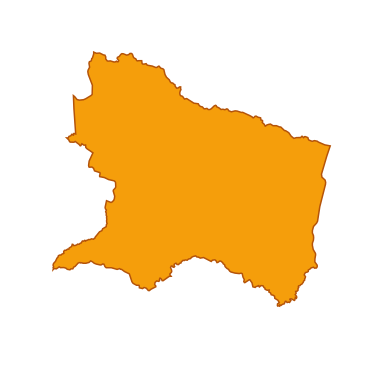 outline of Ancuabe, Cabo Delgado, Mozambique, rotated 197°
{"feature_id": "85939544B12924931865401", "entity_name": "Ancuabe", "entity_type": "district", "adm_level": 2, "iso_a3": "MOZ", "parent_name": "Mozambique", "parent_adm1": "Cabo Delgado", "projection": "mercator", "projection_center": [39.811, -12.944], "detail": "fine", "context": "isolated", "style": "filled", "palette": "amber", "viewbox_px": 384, "rotation_deg": 197, "n_neighbors": 0, "source": "geoboundaries", "source_scale": "gbopen_adm2", "svg_char_len": 5989}
<svg xmlns="http://www.w3.org/2000/svg" viewBox="0 0 384 384"><g transform="rotate(197 192 192)"><path d="M271.2,158.7L270.6,151.9L269.9,150.6L268.6,149.7L268.8,147.8L267.9,147.0L267.2,144.6L266.3,143.6L266.2,142.4L265.5,141.0L265.3,139.5L264.6,137.8L264.0,137.2L264.3,135.6L263.9,133.8L266.7,130.7L266.9,128.7L268.8,126.9L271.4,120.5L271.4,119.4L271.9,119.1L272.3,118.1L274.5,117.8L275.7,116.6L276.9,116.4L278.2,115.1L279.3,114.6L279.4,114.0L280.6,114.3L281.2,113.3L282.5,113.1L283.1,110.8L283.8,110.4L284.7,109.0L286.2,108.7L286.8,107.7L288.1,106.7L289.5,106.2L290.6,107.1L291.2,107.0L291.2,104.7L293.1,102.5L293.1,101.3L294.3,101.0L295.4,99.5L296.9,98.9L297.3,97.7L297.1,96.8L296.6,96.2L296.8,95.7L298.4,94.4L298.8,93.5L300.1,93.0L301.1,92.1L301.2,90.3L301.8,89.3L302.3,85.8L303.5,83.2L303.5,81.5L302.5,80.0L302.7,79.1L302.3,78.9L302.1,77.2L301.5,78.4L299.2,78.9L297.1,81.6L295.7,81.2L292.4,82.3L290.3,82.3L288.7,81.6L286.0,81.9L285.3,83.1L283.5,83.7L283.2,85.5L282.0,86.7L280.1,90.8L278.5,91.8L277.6,91.6L276.8,92.1L275.4,92.0L272.7,92.8L269.9,94.5L268.7,96.5L266.7,96.1L264.8,95.3L262.5,95.1L258.4,95.4L257.3,95.9L256.5,97.0L255.1,97.2L253.4,95.2L251.9,94.5L247.0,96.0L241.0,96.1L238.8,97.6L237.8,97.2L236.6,97.4L233.3,96.2L228.0,95.4L223.2,88.6L221.6,87.4L217.8,86.6L215.5,87.3L215.1,87.0L214.3,85.0L211.0,85.2L210.0,86.6L209.5,86.7L207.5,86.6L205.0,85.0L204.0,85.2L202.7,87.1L198.9,90.8L199.2,91.6L200.6,92.5L200.9,94.7L199.8,96.6L197.6,96.8L197.1,97.9L197.6,98.9L197.5,100.2L196.9,100.3L195.7,99.6L194.6,98.5L193.7,98.7L189.1,104.7L187.4,105.3L188.9,106.4L189.2,107.2L188.2,109.3L188.2,110.2L188.8,111.5L190.4,113.3L190.2,115.1L189.4,115.4L188.4,114.7L187.3,114.7L186.8,115.7L187.6,116.4L187.9,117.6L186.9,118.9L186.4,119.2L185.1,118.3L183.6,118.7L183.0,120.2L181.8,120.9L181.8,121.9L180.8,123.8L180.5,124.1L179.5,124.1L178.7,125.0L176.6,125.4L175.8,126.8L173.9,127.9L173.4,129.3L172.0,130.7L169.8,132.0L168.4,131.3L166.8,131.6L164.8,131.2L161.8,132.7L153.3,131.2L152.6,132.7L150.4,133.8L149.2,133.5L147.5,131.8L146.7,132.2L145.3,134.1L144.2,134.3L142.0,133.4L141.2,132.5L139.6,132.0L138.5,130.3L136.2,129.1L134.5,128.7L132.9,127.4L131.6,126.9L127.2,127.0L122.9,127.8L121.4,128.7L120.1,128.6L118.4,125.6L116.4,123.5L116.3,121.5L115.4,120.7L114.9,120.8L111.6,124.8L111.1,125.0L108.1,122.7L106.0,119.1L103.7,119.2L103.2,120.2L102.2,120.8L101.2,121.9L100.8,122.0L100.3,121.1L99.7,120.9L98.8,122.6L96.8,123.1L95.2,121.7L94.1,121.3L93.6,120.3L91.4,120.0L89.5,120.8L89.3,118.9L87.4,118.4L86.2,116.9L84.3,117.0L82.6,116.5L81.7,114.5L78.2,113.6L76.2,111.7L77.5,110.0L77.1,108.3L76.8,108.0L76.1,108.4L74.8,108.4L75.0,109.7L73.7,109.6L72.6,111.1L71.1,112.0L70.8,114.7L70.3,115.0L68.7,114.1L67.6,114.9L66.4,114.9L65.7,117.2L67.0,117.9L66.9,118.5L65.4,118.9L62.5,118.2L62.1,118.7L62.3,121.3L61.1,120.9L61.0,121.7L61.5,122.8L63.3,124.0L62.8,125.7L63.8,127.2L62.5,127.9L61.9,128.9L62.4,130.9L62.0,131.8L62.6,132.4L62.6,133.4L61.5,133.9L61.0,135.1L60.0,136.0L59.2,138.3L59.2,139.5L58.5,140.6L58.9,142.1L58.6,142.9L58.7,144.2L60.4,145.5L60.3,147.2L59.8,148.2L58.0,149.4L57.6,150.1L58.0,151.3L56.3,153.3L55.9,154.3L53.8,155.6L52.6,155.0L50.8,155.7L50.4,157.1L50.9,158.6L54.1,161.1L54.9,164.0L55.4,168.0L56.0,169.4L59.3,172.5L61.3,176.2L61.9,178.3L61.8,181.4L62.3,183.8L63.1,185.8L64.9,188.0L65.6,190.4L65.7,194.6L63.8,198.6L63.4,200.8L65.5,215.3L66.6,238.4L67.0,240.3L68.2,242.3L72.1,244.2L73.4,246.9L73.6,265.7L73.3,276.5L78.8,275.9L85.7,276.7L87.1,277.2L90.0,276.9L91.9,275.6L95.2,275.8L96.1,276.4L97.1,277.9L99.8,278.1L100.6,277.8L101.1,276.6L103.1,277.5L104.1,275.8L107.9,274.6L110.3,273.1L113.5,274.4L116.8,277.0L120.4,278.0L121.5,277.8L126.1,280.1L127.3,279.8L130.6,280.1L133.9,279.1L136.8,279.9L138.6,279.0L140.1,277.9L141.0,276.5L141.5,276.5L142.6,277.8L145.1,279.0L145.2,280.6L146.0,281.1L147.1,281.0L148.1,283.0L150.9,282.8L152.8,283.3L153.8,282.9L154.8,281.0L155.4,280.8L156.5,281.4L158.8,281.9L166.8,283.0L168.1,282.5L172.5,282.6L174.5,282.2L177.8,280.2L180.4,280.4L182.0,281.6L183.0,281.7L184.6,280.3L186.6,280.2L188.4,279.4L190.6,280.3L193.2,280.7L194.2,281.7L194.8,281.8L195.9,280.9L197.9,277.3L199.0,276.1L200.6,275.6L202.2,276.3L204.2,275.2L205.0,275.2L206.9,276.4L209.0,276.3L210.7,277.1L211.8,278.2L216.2,277.5L224.4,279.8L226.4,278.7L229.0,280.7L231.1,280.8L231.9,281.5L232.7,283.1L232.8,285.2L232.5,286.6L233.0,287.3L233.6,289.2L234.7,288.8L235.6,287.5L237.0,286.8L238.9,288.1L239.8,289.7L240.9,289.8L242.3,290.6L243.6,290.3L245.0,291.0L246.5,292.6L250.0,294.3L252.2,296.5L254.7,300.8L255.8,301.3L258.1,301.3L260.3,302.7L260.8,302.5L262.1,300.8L263.2,300.5L266.8,300.8L271.8,300.2L273.4,301.3L275.4,300.2L276.7,300.0L277.3,300.3L278.5,302.9L281.4,302.0L282.2,301.5L283.3,301.5L284.8,303.0L286.2,303.1L287.4,303.8L289.3,306.3L290.3,306.8L291.8,306.4L292.7,304.9L294.4,303.8L298.0,304.1L299.5,303.8L300.3,302.8L301.2,300.4L302.7,298.9L302.6,297.8L300.5,296.3L300.6,295.1L301.7,294.6L302.5,295.0L303.4,294.0L304.6,293.5L308.4,293.5L310.3,292.7L311.4,292.6L313.4,294.0L314.0,296.0L315.3,297.4L316.7,297.2L320.9,297.9L324.0,296.7L326.9,297.0L326.4,295.4L326.4,291.1L326.9,290.2L326.7,288.5L327.0,287.5L328.1,286.7L328.3,286.2L328.1,284.8L326.4,281.4L327.0,278.1L326.8,276.6L325.5,274.0L318.5,265.0L316.0,256.1L316.7,254.8L321.0,250.0L322.8,248.5L326.6,246.9L329.0,246.8L332.1,248.9L333.6,249.5L329.2,237.0L320.2,213.5L322.0,213.5L322.3,213.0L322.0,211.8L322.2,211.6L323.3,212.1L323.9,212.0L324.3,210.4L325.9,209.2L326.2,207.5L327.6,207.1L325.1,205.8L323.9,204.5L323.1,204.1L319.4,205.1L318.5,206.2L313.9,204.5L312.4,203.5L311.9,203.8L311.4,205.9L309.0,205.2L307.5,205.8L306.7,203.7L305.5,202.8L298.2,200.5L299.4,191.5L298.7,187.3L297.9,185.8L297.4,185.7L295.0,186.6L293.1,185.9L291.4,183.7L285.8,183.6L285.2,182.5L285.1,180.3L284.7,179.7L280.0,180.2L275.4,179.5L269.7,179.9L268.4,179.3L267.8,178.5L266.4,174.5L266.6,173.2L267.7,171.0L267.7,170.0L264.7,165.4L264.3,162.9L264.4,161.3L265.3,159.4L266.4,158.3L271.2,158.7Z" fill="#f59e0b" stroke="#b45309" stroke-width="1.5"/></g></svg>